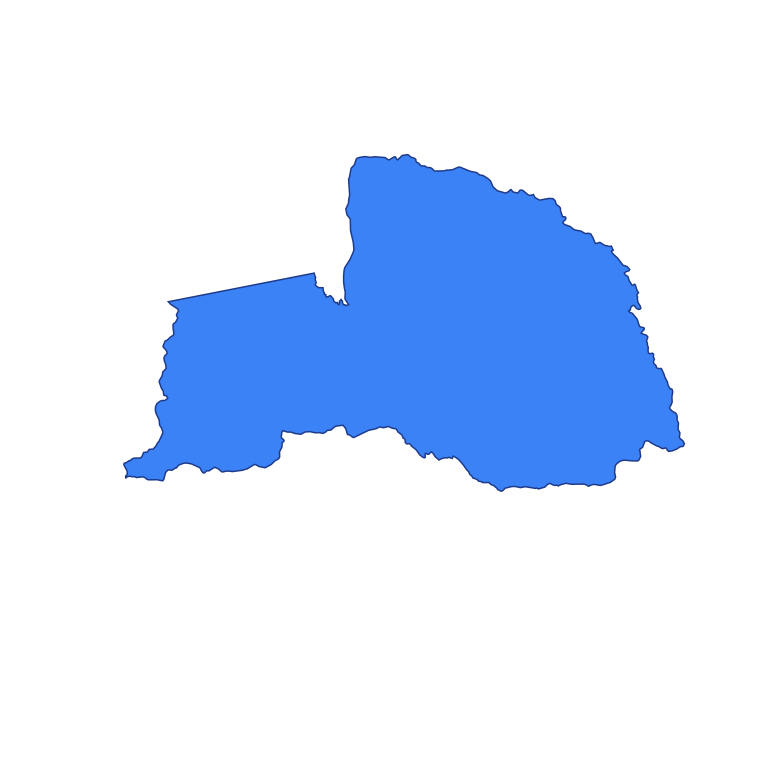 the district of San Luis, Antioquia, Colombia, rotated 149°
{"feature_id": "7082276B26769987150825", "entity_name": "San Luis", "entity_type": "district", "adm_level": 2, "iso_a3": "COL", "parent_name": "Colombia", "parent_adm1": "Antioquia", "projection": "robinson", "projection_center": [-74.956, 6.021], "detail": "fine", "context": "isolated", "style": "filled", "palette": "blue", "viewbox_px": 768, "rotation_deg": 149, "n_neighbors": 0, "source": "geoboundaries", "source_scale": "gbopen_adm2", "svg_char_len": 6171}
<svg xmlns="http://www.w3.org/2000/svg" viewBox="0 0 768 768"><g transform="rotate(149 384 384)"><path d="M143.2,423.0L147.1,427.7L147.6,429.8L147.0,430.8L143.8,431.4L142.5,432.6L142.8,434.3L144.4,435.0L144.7,435.7L143.5,441.5L142.2,443.9L142.4,445.7L143.8,449.2L142.9,453.2L143.8,456.0L147.2,458.2L155.8,461.4L158.5,465.8L158.4,469.5L161.2,470.1L163.0,471.8L165.0,477.8L166.1,479.4L167.6,480.1L170.3,479.0L171.4,479.1L174.6,482.3L174.9,485.1L175.4,485.4L179.3,484.7L181.5,485.1L187.2,491.1L189.0,496.7L188.1,503.2L189.2,506.7L191.2,510.8L192.1,512.1L194.3,513.8L195.8,517.6L200.6,522.0L207.2,530.8L208.7,531.6L215.1,532.4L220.5,535.2L222.8,535.8L231.1,540.6L231.9,544.0L232.8,545.6L235.5,547.4L236.8,549.9L239.9,551.8L240.6,555.6L241.8,557.2L241.8,558.7L241.1,560.0L241.5,561.7L244.1,564.6L245.0,567.6L245.9,568.6L250.6,570.5L256.9,569.1L257.3,570.0L257.2,572.2L257.6,573.2L259.1,573.5L263.9,573.4L265.0,574.2L266.5,577.6L274.5,583.3L279.2,585.5L283.1,588.7L287.8,590.7L290.9,591.4L292.2,590.9L296.5,587.1L301.0,585.9L307.0,579.2L308.9,577.7L316.1,563.7L319.4,560.1L321.5,557.1L326.6,553.7L328.6,548.1L328.0,543.5L328.2,542.3L333.7,532.7L337.3,521.4L340.6,514.6L342.8,512.6L349.0,508.3L357.6,504.0L359.5,502.2L362.8,497.7L366.1,492.2L368.6,486.5L369.8,482.8L373.4,477.5L373.7,476.6L373.4,470.2L376.2,470.7L376.3,471.6L377.9,472.9L377.7,474.8L376.9,476.7L377.3,477.3L377.3,478.6L379.5,477.8L380.9,475.4L381.9,475.3L382.2,476.1L381.9,477.6L382.2,478.1L383.3,478.2L384.4,480.6L383.6,483.0L384.2,486.8L384.7,487.5L387.6,487.7L388.6,488.5L388.7,489.3L387.8,490.4L388.9,491.6L388.1,492.7L388.3,494.4L386.7,498.0L390.5,500.3L391.9,503.9L391.6,504.7L390.0,505.7L389.0,509.3L387.6,510.7L387.6,512.3L386.7,515.0L526.5,565.6L525.8,562.2L522.1,554.4L522.4,552.5L526.2,550.3L526.7,548.8L526.6,547.2L527.0,546.6L530.8,544.3L533.5,544.0L534.5,543.3L536.7,539.1L537.9,535.9L539.7,534.2L542.4,534.3L547.5,533.2L549.4,533.6L554.0,530.2L554.2,529.3L553.4,525.3L553.6,522.8L554.6,521.7L557.6,521.0L559.2,519.7L560.2,517.4L561.2,512.7L562.8,509.5L567.4,508.2L570.2,505.1L574.5,502.8L575.7,501.4L577.0,494.7L576.9,491.4L578.5,488.1L578.2,487.2L576.5,486.0L576.7,483.1L580.2,482.7L582.9,484.2L584.9,484.6L588.6,484.2L591.3,482.4L593.2,479.9L594.5,476.4L595.2,469.2L597.5,464.3L597.4,460.4L598.3,456.8L599.4,455.5L606.5,450.7L608.7,450.0L611.7,448.2L615.5,447.1L618.9,448.9L621.9,447.6L625.3,449.1L628.7,446.6L630.7,445.9L636.8,449.4L639.3,449.5L641.0,448.9L642.1,449.6L645.2,449.3L647.6,449.9L648.6,448.8L649.0,441.9L649.7,440.2L650.9,438.5L652.9,438.2L653.6,436.9L653.6,436.4L652.2,436.7L649.7,436.1L647.8,434.3L645.6,433.1L644.3,431.3L638.6,428.7L637.1,426.8L636.5,424.9L635.4,423.3L627.8,418.8L623.6,415.0L621.9,415.6L616.8,420.6L613.8,421.5L612.7,421.2L610.3,419.3L606.8,419.4L605.0,419.0L601.9,420.2L597.5,419.5L594.7,418.5L590.3,414.8L585.3,407.6L584.9,406.3L585.2,403.5L584.7,400.7L583.6,400.3L580.6,400.8L578.7,399.7L572.1,399.9L569.8,396.8L568.5,392.7L567.8,391.8L563.4,390.3L558.8,386.9L550.1,383.1L544.9,381.7L536.7,381.8L535.6,381.1L533.7,377.7L529.0,373.4L522.1,373.1L516.9,374.3L512.9,374.1L511.0,375.2L508.4,379.8L504.2,382.3L501.5,386.0L499.0,386.6L498.7,387.7L499.4,390.1L499.4,391.6L496.2,395.4L494.9,396.2L491.7,392.7L488.6,390.7L485.8,387.4L481.1,383.7L476.4,383.5L472.0,381.3L468.2,377.7L464.2,375.4L461.7,373.1L459.7,372.8L456.5,373.4L453.3,371.9L448.2,372.7L446.3,372.4L441.6,370.3L440.3,369.6L439.8,365.5L441.3,359.5L439.9,358.4L438.3,354.6L437.5,353.7L421.0,352.2L413.9,349.8L409.8,349.4L406.9,346.8L402.1,345.3L399.6,341.7L396.7,339.3L396.7,335.5L394.9,331.2L395.5,327.8L394.5,325.9L395.8,323.1L395.6,321.5L395.1,320.7L393.7,320.2L392.6,319.2L392.3,316.4L390.3,310.9L389.9,305.0L388.4,301.1L387.4,299.9L386.5,299.8L384.4,303.2L383.7,302.9L382.9,301.3L381.7,300.7L378.6,301.5L377.7,299.9L377.6,295.4L376.0,290.5L374.0,290.5L370.2,289.7L368.3,288.2L366.3,287.8L363.7,285.0L362.1,286.5L361.3,286.1L359.0,281.1L357.7,273.9L357.3,267.7L356.6,265.4L357.0,262.3L356.2,260.0L356.1,257.5L353.6,254.6L352.9,251.9L351.1,250.4L350.0,248.5L344.9,245.6L344.1,242.8L342.4,240.5L341.0,236.9L340.8,234.7L338.8,231.8L337.3,231.4L333.7,232.3L327.1,230.2L324.1,228.4L320.4,224.9L315.8,223.2L307.9,216.5L306.9,216.4L305.8,214.7L304.7,214.2L299.2,212.8L295.4,213.7L292.9,213.4L291.2,210.5L289.8,209.1L287.7,208.1L287.2,206.9L284.6,206.7L279.2,205.2L275.1,201.6L264.6,195.5L262.7,193.7L261.4,191.0L258.2,190.7L255.6,189.8L250.9,185.7L249.1,185.1L240.6,183.1L235.0,183.6L233.4,185.0L231.9,189.4L228.4,194.2L226.4,195.6L222.2,196.2L220.1,196.0L217.0,194.8L211.9,191.0L207.0,187.9L205.3,187.2L201.3,189.7L198.5,196.3L195.1,196.5L190.1,200.3L189.2,200.4L187.8,199.9L186.2,198.2L185.4,195.9L181.9,190.2L180.6,188.8L179.0,185.7L178.0,184.9L175.4,184.1L175.0,182.6L175.3,181.6L174.7,179.6L171.2,178.2L166.7,177.5L162.1,177.6L160.2,176.6L159.2,176.7L157.2,178.2L157.1,181.5L158.4,185.1L158.3,186.1L155.5,189.7L155.3,193.7L151.8,198.7L151.3,202.5L149.8,204.4L149.0,206.4L149.0,209.0L150.7,211.7L151.6,214.8L151.4,216.4L150.7,217.3L148.8,218.1L146.3,220.1L143.7,224.9L140.6,228.5L139.8,230.8L140.0,231.6L141.2,232.5L141.1,236.8L140.0,239.9L139.7,245.4L139.0,247.8L138.3,254.0L138.7,254.8L140.0,255.3L141.7,256.9L141.9,258.1L141.4,259.7L142.2,262.8L141.7,264.2L139.4,266.1L139.2,268.5L137.5,270.8L138.1,272.2L140.7,273.1L141.3,274.3L140.5,276.7L138.6,279.2L138.2,281.7L137.1,283.6L136.8,285.8L134.2,287.8L133.6,288.7L134.0,290.7L137.5,294.9L136.5,295.7L133.0,296.7L132.2,297.8L132.6,298.8L134.5,300.5L135.3,302.0L133.8,308.1L133.7,309.8L134.7,316.6L136.4,318.9L136.8,320.5L134.7,320.6L133.1,322.6L130.4,323.2L129.2,322.4L128.7,318.9L127.4,316.8L126.1,316.3L124.8,316.7L124.2,319.1L124.3,322.9L123.0,326.4L121.7,328.3L121.7,329.6L121.2,330.3L118.8,331.2L118.9,334.0L117.6,339.4L117.8,340.5L120.2,340.5L120.5,341.0L120.6,346.2L119.6,350.6L121.0,353.3L120.9,355.3L118.8,355.6L115.6,354.9L114.4,355.6L115.1,359.4L118.0,362.9L118.9,371.5L121.0,378.7L120.5,380.8L118.7,380.5L118.1,385.1L119.9,385.8L123.5,389.3L126.0,394.2L130.1,395.3L130.4,396.3L129.5,402.2L129.5,406.1L130.7,407.6L134.1,409.4L136.4,413.6L140.8,417.5L141.9,419.1L143.2,423.0Z" fill="#3b82f6" stroke="#1e3a8a" stroke-width="1.5"/></g></svg>